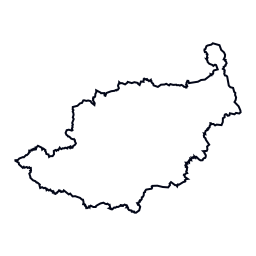 Tumbiscatío, Michoacán, Mexico (orthographic projection)
{"feature_id": "50627088B697962436466", "entity_name": "Tumbiscatío", "entity_type": "district", "adm_level": 2, "iso_a3": "MEX", "parent_name": "Mexico", "parent_adm1": "Michoacán", "projection": "orthographic", "projection_center": [-102.522, 18.584], "detail": "fine", "context": "isolated", "style": "outline", "palette": "ink", "viewbox_px": 256, "rotation_deg": 0, "n_neighbors": 0, "source": "geoboundaries", "source_scale": "gbopen_adm2", "svg_char_len": 5785}
<svg xmlns="http://www.w3.org/2000/svg" viewBox="0 0 256 256"><path d="M236.1,97.4L235.1,95.0L235.3,92.9L234.2,91.9L233.1,87.9L230.3,87.2L228.8,85.6L227.2,76.7L226.5,75.8L224.9,75.4L224.2,73.7L224.6,72.7L224.3,71.7L224.8,70.9L224.6,70.1L222.9,68.9L223.9,67.8L223.6,67.0L225.6,65.6L225.4,65.0L226.6,63.3L226.0,61.5L225.1,60.8L225.5,59.9L223.7,59.4L224.9,56.9L225.1,54.8L224.0,52.4L221.2,49.9L219.5,45.2L212.8,43.3L211.4,44.6L207.6,45.5L206.4,46.2L205.4,49.1L204.5,49.4L204.4,50.5L204.9,52.1L205.9,52.0L207.4,54.2L207.0,54.5L207.4,54.8L206.9,57.4L207.5,57.9L207.0,58.5L207.1,59.5L206.5,59.3L207.5,60.8L207.6,61.9L209.2,63.7L212.7,65.1L213.3,65.9L215.0,64.7L216.1,65.1L217.7,69.4L214.0,70.4L213.2,71.5L213.2,73.3L212.6,74.3L211.7,74.2L211.5,75.0L210.5,74.3L210.5,75.3L204.9,79.6L201.1,80.0L198.0,81.7L189.0,83.1L188.3,80.9L187.4,80.8L186.4,83.1L186.6,84.0L186.2,84.6L186.8,85.0L187.2,86.2L186.8,86.3L186.5,87.5L185.8,87.5L185.2,86.7L184.2,86.9L182.5,85.4L181.2,84.9L179.9,85.6L178.8,85.1L176.8,85.2L176.3,84.7L173.2,84.9L170.3,84.1L169.1,85.4L166.2,83.8L164.6,84.5L161.0,84.7L157.9,86.9L153.6,85.4L153.1,83.6L152.3,83.2L151.5,82.0L151.4,81.1L151.0,81.1L150.8,79.8L149.0,81.1L147.6,79.7L147.2,80.1L146.6,79.9L146.6,79.1L145.7,79.3L144.2,78.6L143.7,79.1L143.8,80.2L143.3,81.0L143.5,81.8L141.0,81.5L139.6,85.0L138.2,84.0L137.7,82.9L134.4,82.2L131.8,83.1L127.7,81.9L127.2,82.8L125.1,84.4L122.0,83.1L120.4,83.3L119.2,82.2L119.1,83.8L118.5,84.2L118.0,85.8L118.9,88.2L117.9,89.7L117.1,89.7L116.6,90.4L115.7,90.1L114.5,90.8L111.3,91.2L106.4,93.0L105.4,95.8L104.6,95.5L104.2,93.1L101.0,93.2L100.6,92.6L96.2,90.3L96.3,92.3L95.4,93.8L95.2,96.2L94.7,97.1L93.3,97.3L93.0,98.5L93.4,98.9L92.9,100.1L94.7,103.2L94.4,105.0L91.6,102.8L90.5,101.1L88.2,100.5L86.4,100.9L84.1,100.3L83.3,100.4L82.0,102.9L80.0,103.4L77.5,105.8L72.8,107.0L72.7,109.5L73.4,110.1L72.7,111.7L73.3,112.7L73.6,114.9L72.8,117.4L73.7,119.0L72.2,123.0L72.9,124.7L72.3,125.7L72.6,127.2L71.9,128.3L72.5,130.2L71.8,130.6L68.8,129.7L66.7,130.2L65.6,132.9L66.4,134.8L67.7,135.7L67.9,136.4L69.4,136.7L71.3,138.7L73.6,139.4L74.0,139.1L74.9,140.2L74.9,141.4L75.9,143.3L75.1,144.7L73.1,146.1L72.5,147.7L71.7,147.8L70.6,146.3L70.1,146.6L70.5,147.5L70.1,148.1L69.3,147.3L68.3,147.2L67.5,147.5L67.3,148.4L65.2,147.7L64.1,148.4L62.5,148.3L61.5,149.1L60.3,148.6L59.7,147.7L58.3,150.2L57.3,149.8L56.4,150.8L55.5,150.0L53.8,150.9L54.0,154.2L52.6,156.1L50.0,156.2L49.1,156.9L48.5,154.5L46.4,154.0L45.7,151.5L45.1,151.0L45.4,150.1L43.4,148.6L42.2,149.6L41.8,147.7L37.9,145.8L36.5,147.3L35.8,147.4L36.2,148.3L35.9,149.4L34.5,149.6L34.3,148.6L33.2,148.9L32.9,149.8L31.7,149.7L31.7,150.5L29.3,150.6L29.7,152.0L28.9,152.3L28.7,153.4L26.9,155.1L26.0,155.1L23.8,157.3L22.9,157.1L19.3,158.5L17.8,160.1L15.4,160.2L15.4,160.8L18.7,162.7L19.0,164.4L22.8,167.8L23.8,166.8L24.4,167.7L26.8,167.0L27.7,167.9L29.2,167.3L29.5,168.0L30.8,167.9L31.0,170.4L30.2,170.7L30.8,171.9L29.3,173.6L30.4,176.9L30.3,177.7L33.0,180.3L35.4,181.2L36.5,182.5L37.3,182.5L39.8,184.6L39.5,185.4L40.2,188.0L42.1,187.2L43.7,188.2L45.0,187.8L45.7,188.5L46.3,188.5L46.6,190.1L47.6,189.4L48.9,190.5L50.3,189.6L51.2,190.9L52.0,191.3L52.7,191.1L52.8,192.3L53.6,191.8L54.3,193.5L55.6,193.9L56.2,192.9L57.1,192.8L57.6,191.8L58.7,191.4L58.9,190.4L59.7,190.4L60.5,191.3L61.6,191.4L61.5,191.9L63.2,191.6L63.8,190.4L68.8,194.4L70.2,193.6L72.6,196.4L75.2,196.2L80.1,197.9L81.8,199.5L83.0,199.7L83.6,202.4L83.2,204.1L84.4,204.1L84.7,205.1L85.2,205.0L85.4,206.2L86.0,206.4L86.2,207.7L86.7,207.4L87.1,208.1L88.7,207.5L89.0,206.7L89.4,207.1L89.4,206.3L90.1,206.5L90.7,205.7L93.3,207.0L95.7,207.0L96.2,205.9L98.0,204.8L100.6,203.4L103.5,202.7L105.2,203.8L106.6,204.1L107.5,203.7L109.0,204.9L109.6,204.8L110.2,207.8L109.1,208.3L111.3,209.3L111.8,208.8L112.4,209.2L114.2,207.5L115.5,207.7L116.7,206.8L118.0,207.0L120.3,205.8L122.1,205.9L121.6,205.2L123.1,205.4L124.7,204.6L126.3,205.6L126.7,205.3L127.4,206.4L126.6,207.4L127.5,207.4L128.1,207.9L128.1,208.9L129.1,210.1L131.4,210.5L131.7,211.6L132.8,211.3L133.2,211.9L134.2,211.7L134.5,212.6L136.0,212.7L139.2,210.4L140.2,206.8L138.9,204.8L138.1,204.9L137.3,203.3L138.5,203.4L138.4,202.5L139.8,201.8L139.5,200.9L140.0,200.2L140.7,200.4L141.7,199.2L141.8,197.3L142.9,196.8L143.7,195.3L143.9,192.6L145.1,192.0L145.2,190.8L146.2,189.6L151.6,188.7L152.1,187.8L151.7,186.4L152.3,185.9L157.4,185.7L162.8,187.0L168.2,187.4L170.0,185.0L169.6,183.7L171.0,182.1L175.0,185.1L176.3,185.1L177.2,186.4L178.0,184.4L179.0,184.7L183.2,182.1L185.0,181.6L185.3,181.3L184.9,180.2L186.3,179.1L187.7,178.9L184.8,176.9L184.6,175.6L183.2,174.5L184.7,174.8L185.7,173.5L187.2,173.1L186.2,171.3L187.0,170.0L186.8,169.1L187.3,167.4L186.9,166.7L186.4,167.2L185.8,167.0L186.0,165.8L185.6,166.0L185.4,165.5L186.4,165.3L186.1,164.2L187.1,163.9L186.1,162.7L187.7,162.7L188.1,162.0L189.1,162.6L189.1,161.8L188.5,161.3L189.5,160.1L190.6,160.2L190.4,159.2L191.2,159.8L191.1,159.0L190.6,159.0L191.6,158.1L191.5,157.6L192.2,157.8L193.0,157.2L193.2,157.7L193.7,157.3L194.1,157.8L194.7,157.3L194.6,156.7L195.6,157.8L195.9,156.8L196.3,156.8L199.1,159.5L200.4,160.3L202.1,160.3L202.6,160.2L203.0,159.1L204.1,158.1L205.2,157.9L205.7,156.8L205.8,155.2L204.4,153.0L204.5,152.4L203.2,151.2L206.7,150.9L207.4,149.5L207.1,146.5L209.2,144.7L205.7,139.5L205.6,138.4L204.1,137.1L203.8,135.4L204.4,134.7L204.0,133.6L205.3,134.1L205.0,132.8L205.7,130.8L207.2,130.2L207.1,129.5L207.8,129.6L208.1,128.3L208.6,128.5L208.9,127.6L209.6,127.3L209.8,125.5L210.5,124.9L210.4,123.2L211.0,123.3L211.2,124.1L213.5,124.0L215.1,125.4L216.7,124.6L221.5,125.1L222.8,122.0L222.9,118.2L224.6,117.3L224.6,115.2L225.3,114.3L226.3,114.2L227.9,115.8L229.4,115.3L229.9,113.3L234.5,114.3L236.0,112.9L239.2,113.5L240.6,112.3L240.4,110.5L238.6,106.3L234.5,102.0L235.6,100.1L236.1,97.4Z" fill="none" stroke="#020617" stroke-width="2"/></svg>